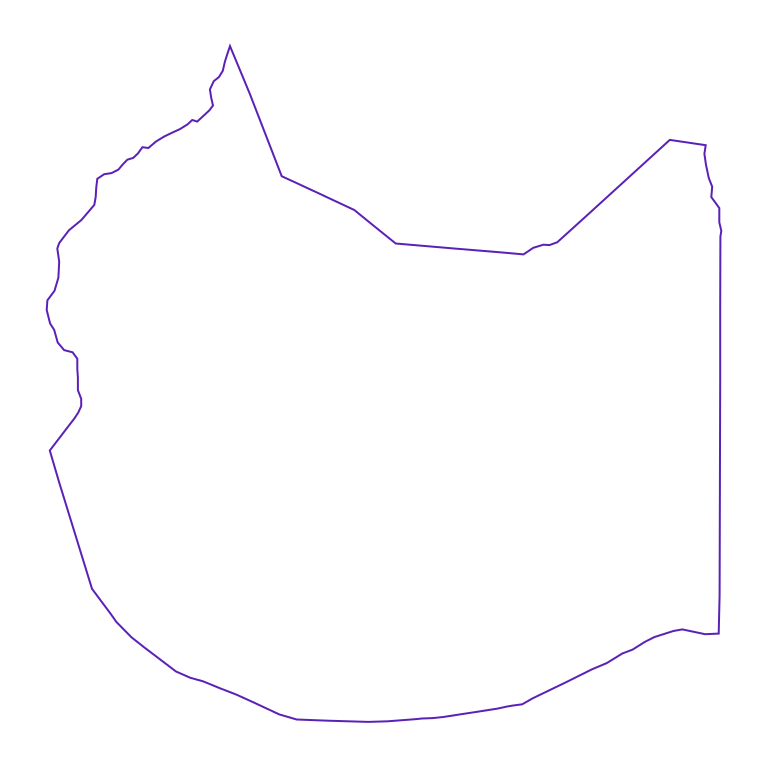 the district of Araripe, Ceará, Brazil
{"feature_id": "56859067B60365327714715", "entity_name": "Araripe", "entity_type": "district", "adm_level": 2, "iso_a3": "BRA", "parent_name": "Brazil", "parent_adm1": "Ceará", "projection": "robinson", "projection_center": [-40.113, -7.215], "detail": "fine", "context": "isolated", "style": "outline", "palette": "violet", "viewbox_px": 768, "rotation_deg": 0, "n_neighbors": 0, "source": "geoboundaries", "source_scale": "gbopen_adm2", "svg_char_len": 1622}
<svg xmlns="http://www.w3.org/2000/svg" viewBox="0 0 768 768"><path d="M705.7,145.2L669.8,139.9L586.4,215.9L566.4,234.0L557.2,242.3L549.4,245.1L543.4,244.7L533.3,247.8L523.5,254.4L503.6,252.6L454.1,248.5L395.7,243.5L373.7,225.8L354.3,210.0L343.4,204.9L312.6,190.5L281.7,176.2L266.1,135.9L249.8,93.8L230.0,46.1L227.5,53.5L224.9,61.7L222.8,70.8L218.9,77.1L213.8,81.1L209.9,89.4L211.3,98.2L213.0,105.5L209.4,110.3L197.2,121.6L192.2,120.0L187.5,124.4L179.9,129.1L172.1,132.7L164.4,136.4L156.0,141.5L148.4,148.0L142.4,147.2L137.9,153.5L133.2,157.9L127.3,159.7L122.7,164.5L118.4,169.6L111.5,173.1L104.2,174.2L97.3,178.8L96.2,188.1L95.7,197.0L94.3,204.9L85.6,215.1L81.3,220.1L69.0,230.2L62.5,238.7L59.2,243.1L57.3,248.5L59.2,261.7L58.4,277.6L54.5,290.8L47.4,300.3L46.7,310.0L50.1,323.5L54.2,329.9L57.7,342.5L64.1,350.1L72.6,352.3L77.3,358.7L77.3,369.1L77.9,377.3L77.9,390.2L81.2,398.8L81.2,406.1L78.2,412.7L74.3,418.6L69.1,425.3L49.8,450.5L59.2,482.5L92.0,588.8L111.0,614.3L116.3,621.9L131.6,637.4L143.6,646.9L176.0,671.5L190.3,677.8L203.0,681.3L219.8,688.2L236.1,694.5L244.5,698.3L255.5,703.3L279.2,714.4L296.7,719.5L328.1,720.7L368.2,721.9L387.6,721.3L416.3,719.1L421.8,718.5L432.6,718.1L443.2,717.0L497.5,708.6L507.2,706.5L512.5,705.6L522.2,704.3L532.7,698.3L566.1,682.2L592.0,669.3L606.9,663.0L622.3,653.5L632.6,649.6L644.8,641.9L654.3,637.1L673.4,631.0L682.3,629.4L692.8,631.6L705.1,634.2L718.7,633.6L719.6,595.4L720.2,380.1L720.2,307.6L720.4,236.8L721.3,230.8L719.3,222.3L719.3,208.1L715.2,202.4L711.3,197.1L712.2,186.7L708.8,178.1L706.0,164.9L704.4,153.8L705.7,145.2Z" fill="none" stroke="#5b21b6" stroke-width="2"/></svg>